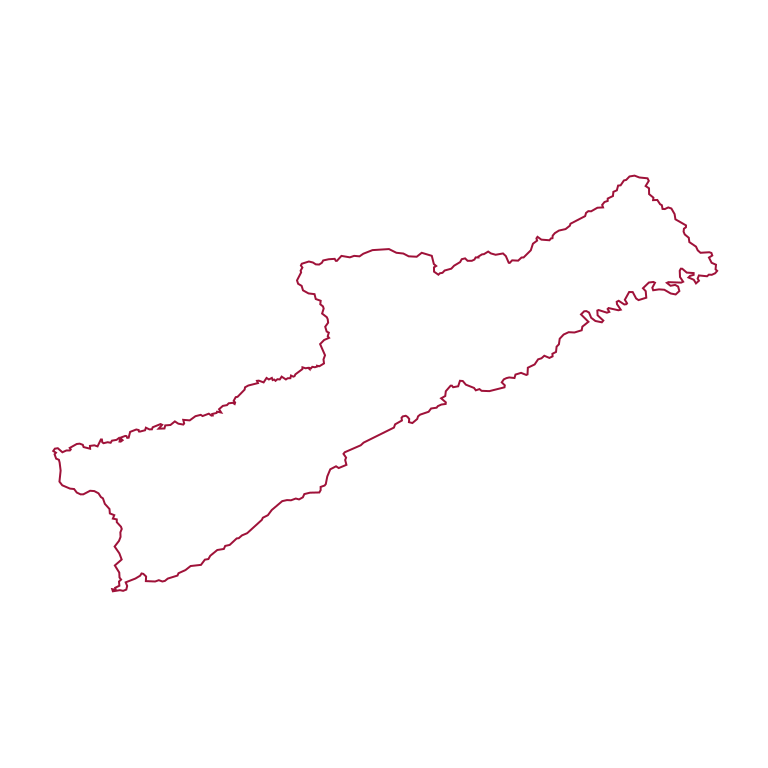 the district of Tha Song Yang, Tak, Thailand, rotated 273°
{"feature_id": "78962969B58793256407954", "entity_name": "Tha Song Yang", "entity_type": "district", "adm_level": 2, "iso_a3": "THA", "parent_name": "Thailand", "parent_adm1": "Tak", "projection": "equal_earth", "projection_center": [98.144, 17.467], "detail": "fine", "context": "isolated", "style": "outline", "palette": "rose", "viewbox_px": 768, "rotation_deg": 273, "n_neighbors": 0, "source": "geoboundaries", "source_scale": "gbopen_adm2", "svg_char_len": 6137}
<svg xmlns="http://www.w3.org/2000/svg" viewBox="0 0 768 768"><g transform="rotate(273 384 384)"><path d="M562.2,576.1L553.8,561.8L551.8,561.3L548.2,557.2L546.4,550.7L543.6,546.7L541.0,544.7L538.4,544.6L538.1,543.1L536.2,541.7L536.4,533.6L539.0,529.6L537.4,528.6L535.2,529.4L531.9,525.4L525.2,523.6L517.7,516.8L517.5,514.7L514.2,511.5L514.2,505.5L511.5,503.2L511.6,502.2L518.1,499.0L520.6,496.0L518.9,488.7L520.0,483.9L521.7,481.1L518.9,477.0L518.6,475.1L516.1,471.5L515.3,471.7L515.2,468.9L513.0,467.8L511.6,465.2L511.4,461.0L513.7,458.4L512.7,455.1L509.7,453.6L505.8,447.8L502.7,445.2L500.5,438.6L498.1,436.6L497.5,434.0L496.0,432.6L498.8,428.1L503.1,427.8L504.6,429.9L506.4,427.5L514.5,425.0L517.0,414.8L512.8,410.0L512.8,402.0L515.3,396.5L515.7,389.5L519.0,381.9L517.1,365.5L513.0,356.5L510.2,352.9L510.4,347.5L508.7,343.3L509.7,334.8L504.5,330.5L504.5,329.4L506.4,328.2L505.7,322.3L504.2,316.8L501.8,315.6L499.9,313.0L499.9,309.6L501.6,306.7L502.4,302.6L499.8,295.6L498.0,294.8L496.0,296.4L492.8,294.8L491.1,295.4L482.9,291.7L479.6,293.0L477.7,296.6L473.3,298.2L470.5,303.9L470.1,309.9L465.3,311.4L463.8,316.4L460.3,316.2L458.3,319.0L456.2,319.8L451.1,318.5L447.7,323.4L445.7,324.4L442.3,325.0L438.1,322.3L433.4,324.0L432.4,326.2L428.7,325.3L427.2,326.7L424.8,321.9L420.5,318.1L409.6,323.6L405.4,322.3L401.4,323.0L398.4,318.6L398.7,316.3L398.0,316.5L397.1,314.1L397.4,311.5L395.8,310.3L396.1,309.0L394.9,309.0L396.2,307.4L395.6,304.9L396.4,301.7L394.6,301.7L389.0,295.0L387.1,294.2L386.6,293.0L387.6,290.7L384.9,290.2L384.7,287.5L383.4,285.8L386.0,281.4L383.1,279.7L383.2,277.3L381.5,275.5L382.7,274.1L382.1,272.6L384.2,271.7L382.5,268.8L383.9,266.4L379.3,263.7L380.8,258.8L380.5,257.0L378.3,258.1L375.4,248.6L373.4,245.4L371.1,245.1L363.5,238.4L363.1,236.6L359.4,234.8L357.7,236.3L356.2,235.9L357.3,234.0L356.6,229.9L354.7,228.3L353.7,224.2L350.2,220.6L347.0,222.9L347.6,218.7L346.3,218.3L345.1,214.1L343.6,214.6L343.4,213.3L345.2,210.6L342.5,204.5L343.6,202.6L342.0,197.4L337.5,191.9L337.7,185.4L334.1,186.5L333.0,185.7L333.6,180.7L335.7,177.1L331.9,172.9L331.2,167.7L328.1,167.1L327.6,161.3L331.6,164.6L332.3,163.0L328.7,155.3L326.6,154.6L326.4,152.1L327.9,148.5L325.3,147.8L323.7,142.7L323.8,141.7L325.2,141.4L325.6,139.0L322.9,133.0L317.0,131.8L316.8,130.4L318.5,129.5L318.6,128.3L316.8,124.1L316.0,123.8L314.2,125.9L312.7,124.1L312.7,122.9L315.2,123.3L316.3,122.3L314.2,119.8L313.2,115.3L311.0,114.1L311.4,111.1L310.2,107.0L311.1,105.7L313.8,105.2L313.8,104.2L306.7,101.2L307.6,98.0L306.8,93.6L304.0,93.9L305.3,87.3L307.5,86.4L308.5,83.2L308.0,80.3L303.7,73.5L302.2,74.6L301.2,73.8L301.0,70.3L299.0,66.4L302.8,61.6L302.2,58.7L299.8,57.2L298.2,60.0L296.6,58.7L292.3,60.5L291.3,63.3L288.5,64.2L280.6,65.6L269.5,65.0L266.0,68.0L263.1,75.9L262.9,80.0L259.5,82.9L257.9,86.8L258.1,89.5L262.0,96.1L261.9,100.3L259.9,104.6L256.3,107.2L255.1,109.3L249.7,111.5L244.8,116.4L240.4,117.0L238.9,121.5L235.4,120.3L234.8,124.2L232.0,124.4L227.7,128.8L225.5,129.7L222.1,128.5L217.5,128.9L213.5,127.6L207.6,123.5L201.0,128.6L195.0,131.2L188.7,124.7L181.8,129.5L176.9,130.0L174.9,131.7L172.9,129.7L168.7,130.3L166.4,126.2L164.5,126.9L164.9,123.3L162.8,124.1L164.3,131.1L163.8,134.3L165.2,137.4L168.9,138.1L172.4,136.4L176.7,145.9L179.8,150.5L182.1,151.8L181.8,153.6L179.3,156.5L174.7,156.5L174.8,165.8L176.3,169.4L175.2,173.0L175.9,175.5L178.4,178.3L181.9,187.8L184.3,188.7L187.8,195.5L192.1,200.4L193.8,210.7L199.2,214.3L200.0,217.8L203.4,219.5L209.5,226.2L210.9,232.7L214.0,233.9L215.2,238.3L222.1,245.0L222.4,247.0L225.4,250.1L227.8,255.1L241.9,269.1L244.1,270.0L246.9,274.9L252.3,278.5L261.7,288.5L263.0,293.2L263.0,297.2L265.0,301.9L264.3,305.2L266.6,308.9L269.9,310.2L271.6,315.8L272.3,325.1L274.7,326.3L277.9,326.1L279.5,330.0L281.0,331.1L288.7,332.2L296.0,334.8L299.3,340.4L297.7,343.2L301.3,350.7L306.1,349.2L308.5,350.0L312.1,347.2L313.8,348.4L321.6,364.0L324.4,366.7L341.0,396.2L344.3,397.2L348.5,403.8L351.2,403.3L352.6,404.4L353.4,407.4L352.4,409.2L350.4,411.0L347.2,410.9L346.5,414.4L350.8,419.0L353.5,419.7L355.3,421.7L358.6,430.0L362.0,432.3L363.1,437.8L364.7,438.9L366.5,442.4L367.3,446.6L368.9,446.7L372.7,441.8L375.2,445.8L380.0,446.1L385.8,450.6L385.9,451.9L384.4,453.2L385.6,458.2L391.2,459.7L391.1,462.5L387.6,465.8L384.8,474.1L382.5,476.0L383.9,479.6L382.3,481.8L382.4,489.6L387.0,504.5L389.0,504.7L391.8,501.5L394.9,503.4L396.3,506.0L397.1,508.7L396.8,514.0L400.3,514.8L402.3,520.3L400.5,525.6L401.1,526.8L407.8,526.8L411.4,533.4L416.7,536.6L417.9,539.9L420.6,542.6L418.7,547.8L420.4,550.9L423.0,550.6L425.0,554.1L430.3,554.4L432.8,556.6L438.4,557.1L442.8,560.8L445.4,565.7L445.4,571.5L448.0,578.6L451.7,579.1L456.8,584.9L463.8,577.1L467.1,580.1L467.4,582.3L466.1,585.0L461.0,587.4L458.0,591.8L457.0,598.3L458.8,599.7L463.8,593.7L468.5,593.2L469.1,594.4L466.9,602.9L467.8,605.2L470.6,603.4L471.6,604.3L469.9,614.2L470.6,616.5L475.9,612.5L478.3,612.1L479.4,614.0L476.0,619.8L476.4,621.9L477.3,622.5L480.7,620.1L488.7,624.0L488.8,627.6L482.6,631.3L481.1,633.8L483.9,641.4L490.4,640.5L493.2,637.6L499.2,643.2L500.0,647.7L499.3,649.3L494.2,646.9L491.7,647.9L492.9,653.7L492.8,659.0L489.4,665.6L488.7,670.6L492.3,674.1L496.7,672.6L498.2,669.6L497.1,665.0L499.8,661.2L500.6,662.7L500.8,675.5L501.8,677.4L506.3,674.0L512.6,673.4L514.7,674.4L514.7,675.8L511.1,680.5L511.0,687.4L509.2,687.5L508.0,684.0L506.3,682.5L504.3,687.9L500.8,690.3L503.6,693.1L505.7,691.7L508.9,692.8L508.5,701.0L510.2,702.7L510.2,705.6L511.9,708.9L514.4,710.8L515.9,709.1L520.5,709.3L522.2,704.8L527.3,701.9L529.5,705.1L532.0,704.1L532.6,702.0L531.6,693.2L533.9,690.3L537.5,688.4L541.7,681.5L546.0,680.7L549.1,676.5L551.8,675.2L554.8,675.4L556.3,677.3L558.2,677.3L563.7,666.4L568.9,665.3L574.3,661.8L575.2,658.6L573.4,655.3L573.4,653.0L577.1,652.1L578.0,650.3L582.1,647.3L581.7,643.1L584.2,643.3L587.5,638.8L593.3,638.4L595.4,634.9L600.7,637.8L603.2,636.4L603.6,628.2L605.2,623.3L604.1,618.3L600.5,615.2L599.8,612.9L594.8,609.9L594.4,607.4L589.6,606.4L587.9,603.0L583.7,602.8L580.9,597.7L578.5,597.8L577.3,594.7L574.3,592.5L571.8,593.5L571.2,587.9L567.3,581.8L567.3,579.0L565.4,576.8L562.2,576.1Z" fill="none" stroke="#9f1239" stroke-width="2"/></g></svg>